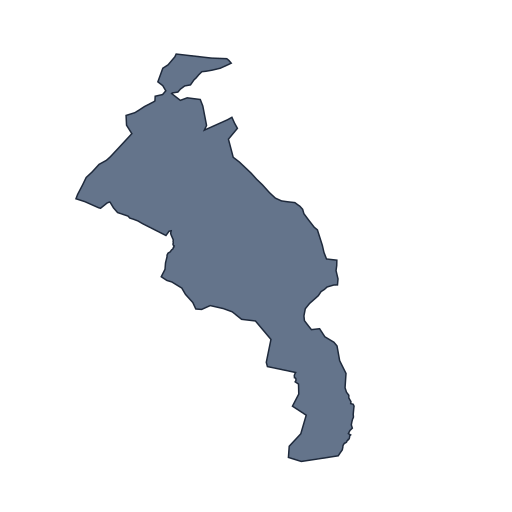 Shelleng, Adamawa, Nigeria (Albers equal-area conic projection), rotated 138°
{"feature_id": "59680162B98903295811344", "entity_name": "Shelleng", "entity_type": "district", "adm_level": 2, "iso_a3": "NGA", "parent_name": "Nigeria", "parent_adm1": "Adamawa", "projection": "albers", "projection_center": [12.115, 9.939], "detail": "fine", "context": "isolated", "style": "filled", "palette": "slate", "viewbox_px": 512, "rotation_deg": 138, "n_neighbors": 0, "source": "geoboundaries", "source_scale": "gbopen_adm2", "svg_char_len": 2857}
<svg xmlns="http://www.w3.org/2000/svg" viewBox="0 0 512 512"><g transform="rotate(138 256 256)"><path d="M245.4,442.7L250.2,443.6L258.5,447.4L264.7,439.8L266.4,430.0L282.8,428.5L291.0,427.8L297.8,427.2L303.2,427.2L311.3,429.1L321.7,428.1L329.6,428.0L337.2,424.9L347.4,421.1L350.5,419.5L351.5,419.0L346.8,410.9L340.7,397.2L339.6,395.5L332.7,395.1L331.5,395.1L329.9,394.6L329.2,394.3L328.5,393.9L328.5,393.2L329.7,387.2L329.8,380.9L324.4,371.3L324.4,368.6L322.4,365.2L320.3,361.1L318.9,356.7L318.3,355.0L309.2,331.5L304.0,332.6L302.2,331.5L304.2,330.0L304.8,328.9L306.7,323.3L307.9,322.3L308.5,321.3L309.0,320.8L309.4,320.7L309.7,320.4L310.0,320.0L310.1,319.9L310.3,318.6L310.1,318.2L310.8,317.9L311.0,317.6L311.6,317.7L312.9,316.9L314.6,317.0L317.1,316.5L319.4,317.0L321.5,316.2L322.6,315.0L327.9,311.4L332.5,307.0L340.3,304.0L338.6,297.5L335.9,293.0L332.6,281.8L332.7,281.4L334.1,274.6L334.1,263.7L336.2,256.9L332.2,252.7L323.2,249.8L315.4,238.7L311.0,230.4L309.1,218.6L299.9,208.1L300.7,184.0L319.5,170.1L321.5,166.2L304.5,142.9L306.2,142.3L307.5,141.6L308.9,139.8L308.3,138.9L308.6,137.9L309.7,136.7L311.1,136.3L310.1,132.4L316.6,124.8L329.4,120.0L325.2,104.1L341.7,93.9L358.6,92.4L361.2,89.9L366.7,84.6L359.8,73.0L350.1,66.6L328.6,52.5L325.1,53.4L321.6,54.2L319.4,55.8L318.5,56.7L317.5,57.2L316.9,57.3L316.1,57.6L315.6,57.7L315.3,57.5L315.0,57.5L314.9,57.5L314.5,57.2L314.1,57.2L313.7,57.2L313.4,57.1L313.1,57.2L312.0,57.7L311.1,57.7L310.8,57.6L310.3,58.0L309.8,57.7L308.9,57.9L307.9,58.6L306.6,59.7L305.4,59.7L306.2,62.2L302.9,63.5L299.6,63.6L298.2,66.7L295.6,68.7L293.0,70.4L291.9,70.7L291.0,71.5L289.8,73.2L284.9,77.7L283.6,78.8L283.0,80.8L284.4,83.0L282.9,84.2L282.0,88.4L280.2,90.4L279.9,94.2L278.0,98.5L267.7,108.5L263.9,122.2L256.0,134.9L255.8,139.8L258.9,149.9L257.4,159.4L264.1,164.2L263.8,169.1L263.3,175.5L260.5,179.4L254.7,183.8L252.4,184.2L247.9,184.9L236.3,184.8L231.5,186.0L227.5,185.4L227.1,185.4L223.9,185.4L217.6,182.4L214.8,180.0L210.4,184.1L206.3,191.6L202.5,194.8L198.7,198.8L205.6,206.6L203.1,213.2L199.6,219.5L192.9,234.3L193.5,238.4L192.8,247.9L192.1,255.4L190.1,259.5L190.1,263.6L190.7,266.2L191.4,269.7L196.2,275.1L200.2,279.9L202.9,286.1L203.6,294.2L203.6,303.3L203.6,304.4L204.2,312.6L204.2,319.2L204.2,320.8L204.6,325.8L204.9,329.6L205.5,337.1L206.9,344.6L198.3,361.3L184.4,363.3L183.0,369.3L181.1,375.2L186.0,376.3L210.2,384.1L205.4,386.1L195.2,403.0L192.7,409.6L201.3,419.6L208.1,422.3L210.0,433.2L209.1,433.2L204.4,430.1L200.6,430.6L195.2,430.1L190.2,427.0L184.2,428.4L181.5,428.4L177.4,429.0L172.9,429.2L169.9,427.0L164.5,423.6L157.0,419.5L148.2,416.7L145.4,415.9L145.3,419.6L145.7,422.2L156.7,432.9L180.2,459.5L183.0,458.3L193.4,456.9L199.6,457.9L212.4,451.1L211.3,445.0L212.5,439.1L217.4,438.5L224.0,442.2L227.3,438.9L228.6,439.0L238.9,441.7L245.4,442.7Z" fill="#64748b" stroke="#1e293b" stroke-width="1.5"/></g></svg>